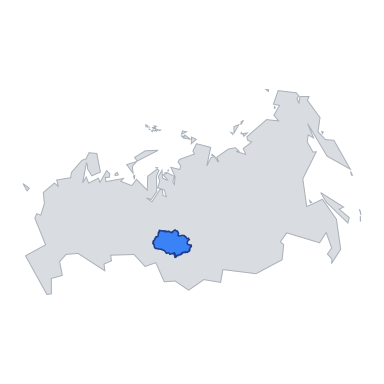 Russia, with Tomsk highlighted
{"feature_id": "RUS-2167", "entity_name": "Tomsk", "entity_type": "Region", "adm_level": 1, "iso_a3": "RUS", "parent_name": "Russia", "parent_adm1": "", "projection": "orthographic", "projection_center": [83.174, 58.364], "detail": "fine", "context": "in_parent", "style": "filled", "palette": "blue", "viewbox_px": 384, "rotation_deg": 0, "n_neighbors": 0, "source": "natural_earth", "source_scale": "10m", "svg_char_len": 7516}
<svg xmlns="http://www.w3.org/2000/svg" viewBox="0 0 384 384"><path d="M340.7,249.2L331.5,263.6L331.9,259.1L327.4,254.0L331.7,248.0L326.2,232.5L319.6,242.8L286.7,232.9L280.3,241.9L283.7,244.5L282.1,259.8L256.0,273.7L222.9,269.6L220.6,282.4L203.8,279.6L188.6,290.2L175.1,281.0L164.3,281.8L155.8,262.7L145.1,266.5L134.0,254.5L110.6,255.2L111.5,260.8L104.0,264.0L104.8,270.8L78.0,253.4L66.1,254.4L59.6,261.7L62.3,275.4L51.3,278.5L51.4,293.8L46.9,294.5L25.5,255.8L45.6,244.8L34.8,218.1L36.7,213.7L40.8,215.1L44.4,203.5L43.3,192.5L54.4,183.1L58.2,186.2L56.7,180.0L70.7,177.7L71.4,172.5L82.0,160.3L86.0,158.9L89.0,152.7L96.8,153.5L100.4,172.0L91.8,175.8L87.5,168.7L87.4,164.7L86.4,163.1L82.6,183.0L86.2,177.0L88.7,183.1L98.5,178.2L99.9,182.4L106.7,170.6L109.9,174.0L109.3,177.4L105.3,177.4L106.0,181.6L123.4,178.5L120.8,181.4L131.8,185.6L136.5,179.4L147.3,190.2L147.7,176.3L157.2,169.0L159.0,170.4L156.4,176.2L156.8,191.3L151.3,199.5L146.5,198.0L152.0,201.8L159.8,189.7L162.3,189.4L163.0,195.5L166.3,196.7L164.4,190.0L157.7,187.8L159.7,181.1L158.3,176.6L162.0,170.3L162.4,178.0L166.5,180.0L167.6,180.0L163.3,174.9L167.3,172.8L174.4,176.4L172.8,182.0L174.4,184.5L175.1,176.6L170.8,167.3L179.7,169.5L180.7,165.9L178.0,162.0L179.5,159.4L194.6,154.0L192.9,151.0L196.5,143.7L210.7,147.4L206.8,165.9L211.0,157.6L214.7,156.5L217.4,161.2L218.1,161.8L218.6,161.7L216.7,157.3L228.3,149.1L235.3,147.7L239.0,151.2L236.2,151.5L245.7,154.4L243.2,148.5L251.8,142.0L247.7,140.3L246.8,136.8L266.6,119.6L278.6,120.9L273.9,115.3L279.5,105.4L273.4,104.1L278.2,90.6L296.3,92.8L298.8,95.9L296.9,98.5L298.9,103.1L299.9,96.6L309.0,96.5L307.4,100.3L320.0,117.6L318.0,131.7L325.5,139.6L333.9,140.3L350.3,169.2L327.2,156.3L307.7,123.7L313.6,137.9L308.2,135.0L307.2,141.9L312.9,152.0L316.3,151.8L302.8,178.8L306.7,206.6L322.4,199.3L336.4,219.2L340.7,249.2ZM158.1,150.3L137.2,161.1L134.6,157.4L145.3,150.8L158.1,150.3ZM320.7,192.6L343.6,207.1L339.1,209.2L349.2,217.6L347.9,223.0L326.3,202.2L320.7,192.6ZM126.7,164.6L136.7,161.5L132.3,166.4L133.1,173.3L126.7,164.6ZM234.0,133.1L233.9,126.6L238.8,124.7L234.0,133.1ZM184.8,135.0L190.6,139.3L183.6,138.1L184.8,135.0ZM182.5,130.9L186.5,131.8L181.6,134.2L182.5,130.9ZM191.5,137.1L196.2,139.4L191.3,143.7L191.5,137.1ZM240.8,124.8L241.1,122.0L243.5,120.2L240.8,124.8ZM23.0,183.6L29.3,188.2L27.1,190.9L23.0,183.6ZM147.7,126.9L149.9,127.2L145.3,126.7L147.7,126.9ZM243.0,133.6L247.4,132.9L243.8,136.3L243.0,133.6ZM118.3,174.9L115.1,175.6L115.0,173.8L117.2,172.4L118.3,174.9ZM151.9,127.5L154.1,127.5L154.5,128.8L151.9,127.5ZM157.9,129.8L156.3,131.3L155.2,130.2L156.1,129.1L157.9,129.8ZM159.6,130.7L158.2,129.9L160.6,130.1L159.6,130.7ZM134.7,175.4L134.4,179.3L133.5,176.0L134.7,175.4ZM183.9,136.1L182.7,137.3L181.5,136.0L183.9,136.1ZM154.1,125.9L156.4,126.3L155.1,127.2L154.1,125.9ZM268.6,89.7L268.3,91.5L266.0,89.5L268.6,89.7ZM146.8,125.0L147.7,126.3L145.1,124.8L146.8,125.0ZM157.7,167.8L155.1,167.8L157.7,167.6L157.7,167.8ZM212.0,154.3L213.9,155.9L211.8,155.5L212.0,154.3ZM274.5,105.9L275.3,107.8L274.4,108.4L274.5,105.9ZM154.0,131.0L153.3,129.9L154.7,131.2L154.0,131.0ZM155.4,127.5L155.5,129.0L154.6,127.7L155.4,127.5ZM359.4,209.2L360.3,211.3L361.0,215.2L359.4,209.2ZM152.2,130.2L152.4,131.6L151.5,131.1L152.2,130.2ZM167.2,172.4L165.2,173.2L164.8,173.0L167.2,172.4ZM323.2,132.0L322.3,133.6L321.8,131.5L323.2,132.0ZM241.3,132.6L242.3,134.1L241.0,133.6L241.3,132.6ZM309.6,200.6L311.6,202.3L310.4,202.8L309.6,200.6ZM350.5,171.4L352.5,175.2L351.5,175.2L350.5,171.4ZM150.4,129.7L149.3,129.6L149.2,129.1L150.4,129.7ZM168.6,169.5L168.1,171.1L167.7,170.6L168.6,169.5ZM232.3,132.9L232.6,134.2L231.0,132.5L232.3,132.9ZM360.3,220.9L360.3,216.0L360.6,221.4L360.3,220.9Z" fill="#d9dde1" stroke="#a8b0b8" stroke-width="1"/><path d="M175.3,230.0L175.6,230.4L176.3,230.9L176.4,231.1L176.5,231.1L177.2,231.0L177.3,231.1L177.5,231.3L178.4,233.0L178.5,233.2L178.6,233.4L178.6,233.5L178.4,233.7L178.3,234.1L178.2,234.3L178.2,235.0L178.0,235.3L178.0,235.5L178.4,235.8L180.4,235.8L181.6,235.4L183.3,235.4L184.5,235.7L184.8,236.5L185.6,236.6L185.8,236.8L186.7,238.5L186.8,238.6L188.5,238.3L188.6,238.7L188.6,238.8L189.3,239.6L189.2,239.8L188.2,240.3L187.1,242.4L187.1,242.5L187.4,243.7L187.5,243.8L187.6,244.0L187.8,244.4L187.9,244.5L189.3,244.7L189.8,245.1L191.1,245.0L191.3,245.3L191.2,245.8L191.4,246.4L191.4,246.5L191.1,246.8L190.9,246.8L190.8,246.7L190.7,246.7L190.7,246.8L190.7,247.0L190.6,247.3L190.4,247.4L190.3,247.5L190.1,247.7L189.9,248.3L189.8,248.8L189.6,248.9L189.3,249.3L189.3,249.5L189.6,249.6L189.8,249.5L189.7,250.5L189.6,250.8L189.4,251.1L189.1,250.9L188.8,251.1L188.4,251.5L188.1,251.8L187.9,252.0L187.4,252.4L186.9,252.0L186.7,251.9L186.6,252.0L186.3,252.2L186.1,252.0L185.9,251.9L185.7,251.9L185.6,252.0L185.7,252.3L185.6,252.5L185.3,252.6L185.1,252.5L184.9,252.5L184.9,252.3L184.7,252.2L184.6,252.3L184.4,252.2L184.2,252.2L184.2,252.3L183.9,252.5L183.7,252.6L183.3,252.3L183.0,252.3L182.9,252.6L182.8,252.9L182.7,253.0L182.4,253.0L182.5,253.1L182.4,253.2L182.3,253.3L182.2,253.3L181.9,253.5L181.4,253.9L181.3,254.0L181.6,254.2L181.6,254.3L180.8,254.5L180.6,254.4L180.4,254.3L180.1,254.4L180.0,254.5L180.0,254.8L179.9,254.8L179.7,254.9L179.5,254.7L179.4,254.7L178.1,255.3L177.9,255.7L177.7,255.5L177.6,255.4L177.4,255.4L177.2,255.5L176.9,255.5L176.7,255.6L176.7,255.8L176.6,256.0L176.4,256.2L176.2,256.3L176.1,256.6L176.0,256.9L175.9,256.9L176.0,257.0L175.9,257.2L175.7,257.2L175.4,257.1L175.3,257.3L175.2,257.3L175.2,257.2L175.3,257.1L175.2,257.0L174.9,257.2L174.9,257.3L174.9,257.2L174.7,257.0L174.7,256.9L174.8,256.8L174.9,256.4L175.1,256.4L175.2,256.2L175.0,255.9L174.9,255.7L174.7,255.5L174.7,255.4L174.9,255.2L174.7,255.1L174.4,255.0L174.4,254.9L174.5,254.8L174.4,254.7L174.5,254.6L174.3,254.6L174.2,254.5L174.4,254.2L174.6,254.0L174.6,253.9L174.5,253.7L174.8,253.4L174.7,253.3L174.3,252.9L174.2,253.0L173.9,253.0L173.6,253.0L173.5,253.3L173.5,253.5L173.4,253.6L173.2,253.5L172.8,253.6L172.6,253.6L172.4,253.6L172.3,253.8L172.2,253.8L171.6,253.9L171.3,253.9L171.1,253.9L170.0,254.3L169.9,254.3L169.6,253.7L169.0,253.0L168.9,252.9L166.9,253.2L166.5,253.3L166.3,253.2L164.6,250.7L161.5,249.5L161.5,249.3L157.3,248.8L157.2,248.8L157.0,248.7L155.2,248.3L155.1,248.2L154.9,247.6L154.6,247.5L154.3,246.4L154.2,246.2L154.1,244.8L154.0,244.7L152.9,243.6L153.0,243.5L153.3,243.2L153.0,242.5L153.0,242.4L153.7,242.0L153.7,241.8L153.2,241.3L153.4,241.1L153.4,240.8L153.5,240.7L154.1,240.3L154.9,239.4L155.0,239.3L155.0,239.1L155.0,238.2L155.4,238.0L155.5,237.9L155.6,237.7L155.7,237.4L155.8,237.2L155.9,237.3L156.0,237.3L156.5,236.8L156.5,236.7L157.2,236.8L157.7,236.7L157.8,236.6L157.8,236.2L158.1,235.9L158.2,234.9L158.3,234.2L158.2,234.0L158.4,233.8L158.4,233.7L158.6,233.2L158.6,232.9L158.4,232.8L158.4,232.7L158.5,232.3L158.6,232.2L158.8,232.1L159.2,232.0L159.2,231.9L159.3,231.8L159.3,231.7L159.2,231.4L159.1,231.0L159.2,230.9L159.3,231.0L159.4,230.9L159.5,230.4L159.9,230.5L160.0,230.5L160.3,230.6L160.7,230.6L161.0,230.6L161.3,230.8L161.4,231.0L161.5,231.0L161.9,230.8L162.0,230.8L162.9,231.0L163.4,230.8L163.5,230.8L163.7,231.0L164.0,231.0L164.1,230.9L164.3,230.9L164.5,230.9L164.8,230.9L164.9,231.0L165.0,231.0L164.9,231.1L164.9,231.4L165.0,231.7L165.4,231.6L166.3,231.6L167.0,231.8L167.7,231.3L168.2,231.3L168.4,231.2L168.5,231.2L169.2,231.4L169.2,231.5L169.3,231.7L169.3,231.8L169.4,232.0L169.5,232.0L170.4,232.2L170.5,232.1L171.2,232.0L171.4,232.1L171.9,232.6L172.0,232.7L172.5,232.3L172.6,232.2L172.6,231.8L172.6,231.7L174.5,230.1L175.3,230.0Z" fill="#3b82f6" stroke="#1e3a8a" stroke-width="1.5"/></svg>